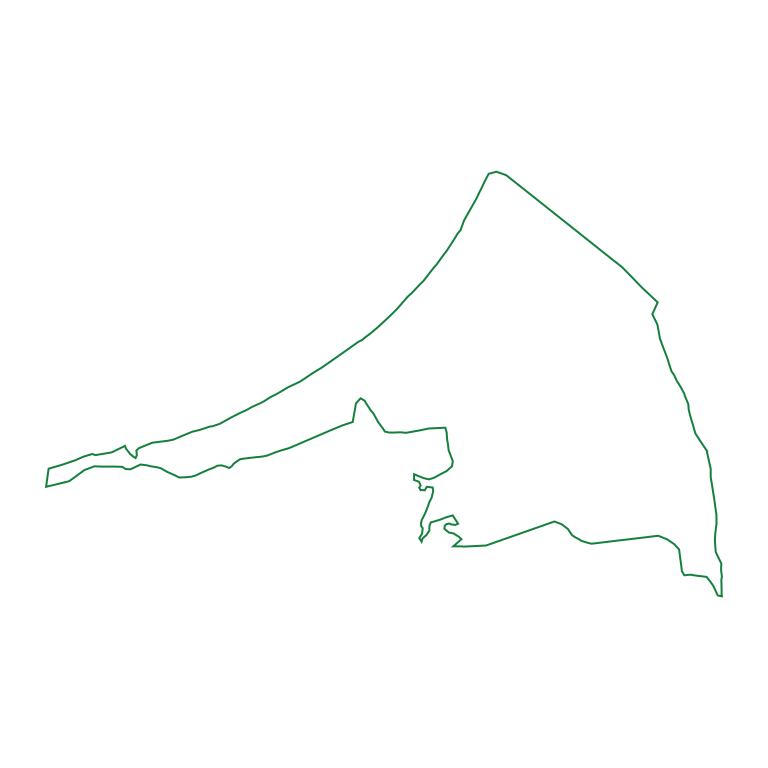 outline of Idku, Al Buhayrah, Egypt
{"feature_id": "37247803B4110362295427", "entity_name": "Idku", "entity_type": "district", "adm_level": 2, "iso_a3": "EGY", "parent_name": "Egypt", "parent_adm1": "Al Buhayrah", "projection": "robinson", "projection_center": [30.316, 31.299], "detail": "fine", "context": "isolated", "style": "outline", "palette": "green", "viewbox_px": 768, "rotation_deg": 0, "n_neighbors": 0, "source": "geoboundaries", "source_scale": "gbopen_adm2", "svg_char_len": 4184}
<svg xmlns="http://www.w3.org/2000/svg" viewBox="0 0 768 768"><path d="M721.9,596.3L721.6,594.2L721.6,590.7L721.5,584.9L721.4,581.5L721.3,580.0L721.7,577.8L721.9,576.4L721.5,573.6L721.2,571.0L721.1,569.0L721.2,566.5L721.3,563.5L718.5,557.8L715.7,551.9L715.3,546.4L715.1,543.7L714.9,540.3L715.1,536.7L715.3,533.7L715.7,530.1L716.2,526.0L716.5,524.3L716.5,519.2L716.4,514.7L714.7,502.4L713.6,495.2L712.2,486.0L711.1,479.4L710.7,477.1L710.7,475.5L710.7,468.8L708.0,456.6L707.0,452.1L707.2,451.3L705.8,449.3L705.2,448.3L704.1,446.7L702.8,444.9L701.8,443.1L699.8,440.4L699.0,439.0L696.4,435.0L695.6,433.9L694.6,430.9L693.1,425.4L690.4,416.5L688.9,410.5L688.7,409.7L688.3,404.1L684.7,395.5L684.3,393.7L681.6,388.8L680.9,387.4L678.1,382.8L677.1,381.5L674.6,376.1L674.1,375.1L671.4,371.1L670.9,369.4L669.4,365.0L667.8,359.7L667.2,357.9L665.0,352.1L663.0,347.0L660.6,340.3L660.0,339.0L659.8,337.8L659.2,334.4L658.5,330.5L657.6,325.6L657.4,324.7L656.7,323.1L652.3,314.2L653.8,310.9L657.7,302.4L654.6,299.4L650.8,295.9L647.5,292.8L642.1,287.7L637.1,282.6L633.6,278.9L623.0,268.1L622.5,267.5L617.1,263.2L612.6,259.7L606.3,254.7L534.2,197.4L509.1,177.5L507.1,175.9L506.1,175.2L504.5,174.6L500.9,173.3L496.4,171.7L492.8,172.7L488.7,173.8L485.9,179.1L484.2,182.4L481.9,187.4L479.3,192.5L476.9,197.6L475.3,200.6L470.0,209.9L466.9,215.4L464.1,220.4L460.5,230.2L457.6,233.6L453.9,239.7L446.9,250.5L441.1,258.2L436.3,264.9L434.0,267.4L429.7,272.8L423.5,280.9L419.5,284.8L411.3,293.6L410.3,294.3L407.7,296.7L403.8,301.2L397.1,308.9L388.1,317.7L378.2,326.9L370.4,333.5L365.6,337.0L362.1,340.0L358.1,342.0L338.8,355.7L332.2,360.3L322.1,367.4L314.1,372.2L308.6,375.9L299.9,381.7L295.0,384.0L288.0,387.3L276.9,393.9L270.6,397.0L263.5,401.6L260.7,403.0L251.6,407.1L247.0,409.8L239.3,413.3L231.3,417.4L219.8,423.8L212.4,426.3L210.0,426.5L200.2,429.8L195.3,431.0L192.4,431.7L182.6,435.7L173.5,439.6L168.3,440.7L152.3,442.7L138.8,448.2L136.3,450.7L136.6,452.4L136.8,455.2L135.6,458.1L133.3,456.6L130.2,454.0L128.5,451.8L125.9,448.5L125.0,445.9L111.8,452.3L108.7,452.9L95.4,455.1L92.3,454.0L83.3,456.7L75.7,460.1L62.6,464.6L48.6,468.7L46.1,486.8L69.2,481.2L84.5,470.0L94.4,466.3L99.3,466.5L101.8,466.6L109.3,466.6L114.0,466.6L118.0,466.7L122.6,466.9L125.4,469.0L130.4,469.3L138.2,465.7L140.3,464.5L146.8,465.3L150.7,466.3L156.8,467.2L160.7,468.2L167.4,472.0L175.1,475.4L179.2,477.5L185.1,477.3L191.4,476.7L195.6,475.5L201.1,472.9L209.1,469.4L213.5,467.8L217.3,465.7L221.6,465.4L225.8,466.6L229.1,468.0L231.6,466.4L233.9,463.5L239.9,459.3L243.1,458.7L256.8,457.1L261.5,456.7L266.8,455.7L275.0,452.5L280.9,450.5L289.4,448.0L323.4,433.4L331.3,430.0L342.7,425.3L352.7,422.0L356.0,403.3L360.6,398.3L364.6,400.7L367.2,405.0L370.6,410.1L373.5,413.6L378.3,422.3L383.1,428.7L384.8,431.5L388.7,432.5L392.7,432.6L400.2,432.3L406.2,432.8L420.1,430.3L428.8,428.5L445.3,427.7L446.7,432.6L447.0,438.5L448.0,444.6L448.6,450.2L450.7,455.6L452.8,461.2L452.0,466.3L446.5,471.1L441.3,473.8L434.4,477.6L429.0,479.4L423.6,478.1L418.1,475.9L414.1,474.2L414.0,479.9L419.0,481.8L420.6,485.5L419.2,487.8L420.6,490.2L421.7,490.0L424.8,490.3L426.8,486.8L432.7,487.5L433.2,491.0L431.6,497.8L429.3,502.2L427.8,506.6L426.3,510.4L425.2,513.2L423.9,515.8L421.7,520.1L421.0,523.6L421.2,526.2L422.7,528.2L422.1,533.7L419.3,538.1L421.6,541.7L422.6,538.4L426.4,535.1L429.3,530.6L429.5,525.5L430.8,522.4L434.8,521.3L441.2,519.3L445.9,517.4L452.7,515.4L458.1,523.7L455.3,524.9L451.5,524.5L449.2,523.5L446.3,524.2L444.8,525.7L444.4,528.8L448.8,532.5L453.5,533.4L456.2,535.1L459.0,536.9L461.4,539.2L453.4,546.3L456.9,546.3L459.5,546.4L461.7,546.4L464.3,546.6L486.1,545.5L554.4,521.5L560.8,523.9L562.6,524.9L563.7,525.8L567.9,529.0L572.1,535.2L574.9,537.1L579.8,539.7L580.4,540.4L582.9,541.3L585.8,542.2L588.0,542.9L590.7,543.5L591.8,543.7L617.5,540.6L628.8,539.3L645.5,537.3L652.7,536.4L658.3,535.8L659.1,536.1L666.5,539.1L667.8,539.8L674.0,544.0L675.1,545.2L679.1,549.4L680.2,557.9L681.1,564.5L681.9,571.1L683.4,573.7L684.4,575.3L688.7,574.8L689.9,574.8L691.0,574.7L693.4,575.2L698.3,575.9L703.4,576.5L706.6,576.9L709.0,580.0L711.5,583.3L713.0,585.4L713.7,586.7L715.4,590.4L717.7,595.4L721.9,596.3Z" fill="none" stroke="#15803d" stroke-width="2"/></svg>